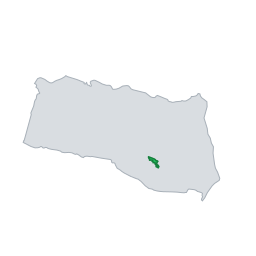 location of Ahafo Ano South West, Ashanti, Ghana, rotated 286°
{"feature_id": "2480657B58897854519282", "entity_name": "Ahafo Ano South West", "entity_type": "district", "adm_level": 2, "iso_a3": "GHA", "parent_name": "Ghana", "parent_adm1": "Ashanti", "projection": "equal_earth", "projection_center": [-2.174, 6.894], "detail": "fine", "context": "in_parent", "style": "filled", "palette": "green", "viewbox_px": 256, "rotation_deg": 286, "n_neighbors": 0, "source": "geoboundaries", "source_scale": "gbopen_adm2", "svg_char_len": 4258}
<svg xmlns="http://www.w3.org/2000/svg" viewBox="0 0 256 256"><g transform="rotate(286 128 128)"><path d="M150.5,27.5L152.0,29.4L152.3,30.5L151.8,34.6L150.7,37.5L150.0,40.2L150.1,41.6L150.7,42.9L153.0,45.0L154.2,46.4L155.6,48.5L157.2,50.6L160.0,53.2L161.1,53.7L161.1,54.4L160.7,55.4L160.5,65.4L160.3,67.9L160.1,69.2L159.8,72.9L159.6,73.4L159.0,73.4L158.6,73.5L158.4,74.3L158.6,75.0L160.3,75.6L159.9,76.1L158.7,76.6L158.1,77.7L158.4,79.0L157.7,80.0L157.9,80.7L158.3,81.2L159.0,81.0L161.0,79.3L161.8,79.1L162.8,79.5L164.6,82.1L164.7,83.4L164.0,87.7L163.2,91.1L163.1,95.6L163.9,98.1L163.8,99.5L163.0,100.7L161.1,102.5L161.2,103.6L162.1,105.9L163.7,108.3L166.9,111.4L168.5,115.3L168.6,117.0L167.6,118.6L166.5,120.0L166.1,122.0L166.6,135.3L164.2,141.1L164.1,142.8L164.4,144.7L165.1,145.8L166.3,146.2L167.4,147.3L167.0,151.3L166.5,155.5L166.4,157.5L166.1,158.4L165.1,159.2L164.8,160.5L165.0,162.1L164.8,163.3L165.4,164.9L166.5,166.8L168.3,171.6L169.0,172.0L169.3,173.0L169.2,173.9L169.9,176.1L171.9,178.2L174.0,180.0L175.8,180.3L176.2,181.9L177.3,184.0L178.1,185.0L179.4,185.6L180.5,185.9L180.6,187.7L178.6,188.9L177.3,190.7L176.3,193.5L175.0,196.6L170.2,198.2L168.4,198.2L158.6,198.3L149.4,204.3L144.1,206.5L140.9,209.9L136.5,212.3L133.5,215.3L127.2,216.7L116.8,221.3L113.5,223.1L110.2,226.3L104.9,230.1L102.8,230.1L98.6,226.5L95.5,224.8L87.8,222.1L82.0,221.0L79.2,219.9L78.5,219.7L79.1,218.4L80.7,218.3L82.4,218.7L83.7,217.7L85.6,217.6L86.1,216.6L86.2,214.1L86.2,212.0L86.8,211.1L87.0,208.7L86.1,203.3L85.4,202.7L82.1,201.9L81.8,200.9L81.2,199.8L80.6,197.0L79.9,192.9L78.7,187.8L76.5,179.4L75.9,176.4L75.5,173.4L75.4,169.8L75.9,168.5L75.8,166.6L75.6,164.7L77.2,160.5L80.3,155.2L81.0,153.3L81.6,152.0L81.6,150.2L82.2,144.1L83.7,136.7L84.6,133.9L85.3,132.4L86.0,130.0L86.2,128.8L89.1,126.0L90.4,125.2L90.7,124.0L90.2,122.8L90.4,122.0L91.1,121.5L92.2,121.2L92.9,120.0L91.7,110.9L90.8,101.9L90.7,101.1L90.1,99.9L89.6,96.2L88.6,94.0L87.3,93.4L87.3,91.3L88.6,87.8L89.0,85.8L88.3,85.2L88.2,83.6L88.7,81.0L88.5,79.5L88.2,77.8L86.8,73.8L86.5,71.1L87.2,69.4L87.2,65.8L86.4,60.3L86.3,56.8L86.8,55.4L86.6,54.0L85.5,52.7L85.5,51.4L86.3,50.2L86.2,49.2L85.2,48.5L84.2,46.8L83.3,44.1L83.5,39.8L85.1,31.9L85.3,31.2L87.2,31.3L87.2,31.6L92.9,31.6L99.4,31.5L107.3,31.4L114.4,31.3L114.7,30.9L115.8,30.5L123.0,31.3L127.5,30.9L129.4,31.1L130.8,31.7L133.9,31.3L135.5,31.5L136.8,33.5L137.3,33.5L138.0,32.7L139.2,31.7L140.5,31.0L141.4,29.4L141.9,28.2L142.7,28.5L143.9,28.4L144.7,27.4L145.0,25.9L150.5,27.5Z" fill="#d9dde1" stroke="#a8b0b8" stroke-width="1"/><path d="M103.0,157.7L103.8,159.9L103.8,160.0L103.7,160.1L103.7,160.3L103.4,160.4L103.4,160.5L103.3,160.8L103.2,160.9L103.2,161.0L102.9,161.1L102.7,160.9L102.5,160.7L102.4,161.0L102.2,161.3L102.2,161.5L101.9,161.8L101.9,161.7L101.8,161.8L101.8,162.0L101.7,162.0L101.8,162.4L101.8,162.5L101.9,162.8L102.0,162.9L101.9,163.0L101.9,163.3L102.0,163.4L102.0,163.5L101.8,163.8L101.7,163.9L101.4,163.9L101.4,164.0L101.2,164.0L100.9,164.0L100.7,164.1L100.6,164.5L100.5,164.8L100.5,165.0L100.6,165.3L100.4,165.3L100.3,165.2L100.0,165.3L99.9,165.3L99.8,165.5L99.7,165.4L99.4,165.4L99.2,165.4L99.1,165.5L98.9,165.6L98.6,165.7L98.6,165.8L98.6,166.1L98.4,166.4L98.4,166.6L98.4,166.8L98.4,167.1L98.3,167.3L98.2,167.4L98.2,167.5L98.1,167.8L98.1,168.0L98.3,168.0L98.4,167.9L98.4,168.0L98.5,168.0L98.5,167.9L98.7,168.0L98.8,168.0L99.0,168.1L99.1,167.9L99.2,167.7L99.3,167.6L99.5,167.6L99.5,167.8L99.5,167.7L99.8,167.6L99.8,167.8L99.9,167.7L100.0,167.6L100.1,167.4L100.2,167.5L100.3,167.4L100.2,167.3L100.3,167.3L100.7,166.6L100.7,166.3L100.7,166.2L101.2,165.7L101.3,165.6L101.6,165.4L102.1,165.4L102.1,165.2L102.2,165.3L102.3,165.4L102.5,165.4L102.6,165.5L102.8,165.5L103.0,165.5L103.3,165.5L103.5,165.5L103.8,165.7L104.0,165.9L104.4,165.6L104.5,165.2L104.5,164.7L104.3,163.8L104.7,163.4L105.0,163.1L105.2,162.8L105.2,162.1L105.6,161.4L105.5,160.8L105.7,159.7L105.8,158.8L105.7,158.2L105.9,157.4L105.9,156.7L106.0,155.9L105.8,155.8L105.8,155.7L105.7,155.7L105.6,155.8L105.4,155.9L105.2,156.0L104.9,156.2L104.8,156.3L104.7,156.3L104.6,156.5L104.4,156.8L104.3,157.0L104.2,157.0L104.0,157.3L103.9,157.3L103.7,157.4L103.8,157.3L103.7,157.3L103.4,157.4L103.4,157.5L103.2,157.5L103.0,157.7Z" fill="#22c55e" stroke="#15803d" stroke-width="1.5"/></g></svg>